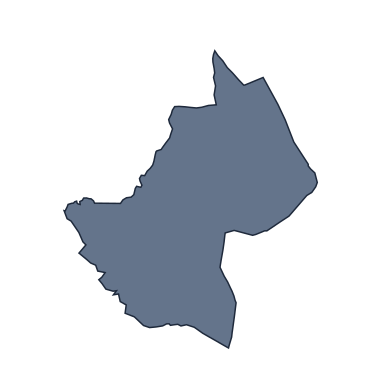 the district of Delikipos, Larnaca, Cyprus, rotated 106°
{"feature_id": "46923920B27149964753728", "entity_name": "Delikipos", "entity_type": "district", "adm_level": 2, "iso_a3": "CYP", "parent_name": "Cyprus", "parent_adm1": "Larnaca", "projection": "robinson", "projection_center": [33.34, 34.921], "detail": "fine", "context": "isolated", "style": "filled", "palette": "slate", "viewbox_px": 384, "rotation_deg": 106, "n_neighbors": 0, "source": "geoboundaries", "source_scale": "gbopen_adm2", "svg_char_len": 2045}
<svg xmlns="http://www.w3.org/2000/svg" viewBox="0 0 384 384"><g transform="rotate(106 192 192)"><path d="M159.3,76.7L158.7,76.5L152.9,74.5L148.3,74.2L139.8,79.2L137.2,84.3L134.9,87.5L133.3,87.9L115.9,107.9L97.1,122.2L85.7,132.2L84.0,133.7L74.9,142.7L62.3,155.2L74.6,170.7L75.0,171.8L71.3,178.1L69.2,181.4L66.4,185.8L62.7,192.4L57.4,198.6L53.8,204.5L50.0,209.0L54.1,209.2L58.0,208.8L61.3,207.7L67.3,204.7L71.3,203.0L75.9,202.9L83.5,198.6L92.6,197.5L101.5,192.7L104.3,200.1L107.8,205.9L110.0,210.9L111.2,217.3L112.0,222.1L113.3,228.1L114.7,232.2L118.8,233.4L123.1,233.4L128.8,234.4L131.9,232.6L136.7,228.1L142.9,228.4L146.2,228.4L152.3,230.8L157.3,232.6L159.6,233.3L162.3,237.3L163.2,237.7L166.4,237.6L172.8,237.1L176.9,237.2L180.8,238.7L184.3,240.8L189.3,242.0L189.9,245.3L193.5,246.2L195.7,245.0L199.3,242.0L201.6,242.5L201.8,246.8L204.2,247.5L210.6,247.2L213.7,249.1L215.6,253.4L218.6,256.2L222.7,257.6L229.6,282.6L227.7,284.2L226.4,287.1L226.8,289.1L226.8,291.7L227.7,294.5L230.2,295.1L232.1,297.2L234.8,296.1L234.9,298.1L234.3,299.5L232.6,300.4L233.7,302.0L235.4,302.9L236.0,304.5L238.1,307.7L240.7,307.9L245.2,308.7L245.2,309.8L252.1,304.7L253.3,300.2L262.1,289.6L270.0,283.1L272.1,279.4L281.9,283.8L285.9,274.6L288.2,269.8L288.9,264.4L294.0,260.8L293.4,253.3L298.8,255.2L302.0,257.4L304.8,253.3L309.1,248.0L309.1,240.5L307.7,237.4L312.5,239.2L310.3,234.5L317.1,230.8L318.7,224.1L327.0,222.9L327.9,213.0L333.7,201.8L334.0,195.4L331.6,189.3L328.8,183.3L325.7,180.0L325.0,177.6L326.1,176.0L324.5,172.5L323.1,169.2L323.8,165.7L321.1,160.7L321.4,152.5L324.9,142.5L331.9,113.9L329.5,114.0L327.8,114.0L320.6,113.9L316.5,114.6L315.4,114.8L315.0,114.8L299.7,117.0L290.8,118.4L286.3,119.1L284.3,120.7L280.3,123.1L276.3,126.2L273.3,128.9L268.7,132.9L264.1,137.8L256.7,144.3L253.8,144.7L249.6,145.2L239.1,146.3L231.1,147.4L224.6,148.5L222.2,148.8L217.3,140.9L217.2,137.1L217.1,131.7L216.9,121.8L215.3,119.1L211.8,114.6L209.3,111.5L208.7,109.3L197.0,99.5L188.4,92.1L163.7,80.7L159.3,76.7Z" fill="#64748b" stroke="#1e293b" stroke-width="1.5"/></g></svg>